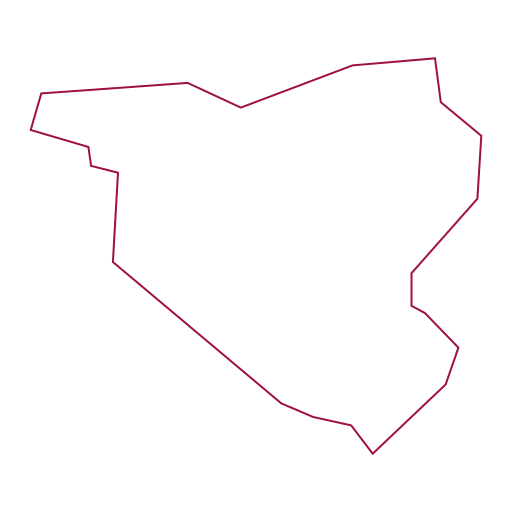 the district of Kuçovë, Berat, Albania
{"feature_id": "67620474B36949901982284", "entity_name": "Kuçovë", "entity_type": "district", "adm_level": 2, "iso_a3": "ALB", "parent_name": "Albania", "parent_adm1": "Berat", "projection": "albers", "projection_center": [19.91, 40.812], "detail": "fine", "context": "isolated", "style": "outline", "palette": "rose", "viewbox_px": 512, "rotation_deg": 0, "n_neighbors": 0, "source": "geoboundaries", "source_scale": "gbopen_adm2", "svg_char_len": 393}
<svg xmlns="http://www.w3.org/2000/svg" viewBox="0 0 512 512"><path d="M41.3,93.4L30.7,130.0L88.4,147.0L91.1,165.9L118.0,172.7L112.9,262.0L281.3,403.4L313.1,417.0L351.2,425.4L372.7,453.7L445.7,384.4L458.4,347.7L425.0,313.1L411.5,305.8L411.5,273.2L477.4,198.7L481.3,135.8L440.8,102.2L435.0,58.3L352.5,65.4L240.8,107.6L187.6,82.9L41.3,93.4Z" fill="none" stroke="#9f1239" stroke-width="2"/></svg>